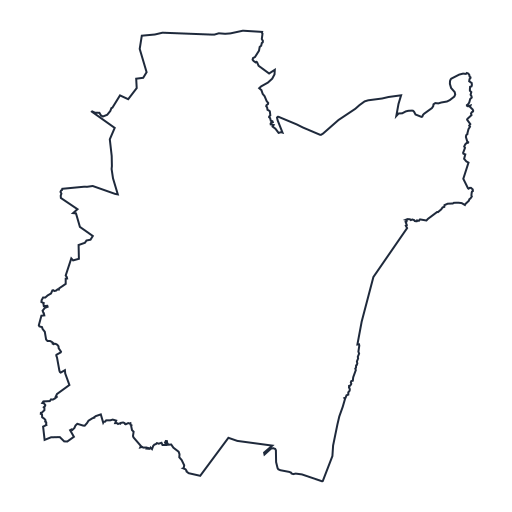 Xichú, Guanajuato, Mexico
{"feature_id": "50627088B76027952384475", "entity_name": "Xichú", "entity_type": "district", "adm_level": 2, "iso_a3": "MEX", "parent_name": "Mexico", "parent_adm1": "Guanajuato", "projection": "robinson", "projection_center": [-99.986, 21.356], "detail": "fine", "context": "isolated", "style": "outline", "palette": "slate", "viewbox_px": 512, "rotation_deg": 0, "n_neighbors": 0, "source": "geoboundaries", "source_scale": "gbopen_adm2", "svg_char_len": 5904}
<svg xmlns="http://www.w3.org/2000/svg" viewBox="0 0 512 512"><path d="M466.8,73.0L465.9,73.9L463.1,73.6L459.2,74.6L451.2,78.7L450.6,79.5L450.0,81.1L449.9,83.9L451.1,88.0L454.7,92.1L455.2,94.5L454.3,96.6L449.8,100.1L447.0,101.5L441.3,102.5L438.3,103.4L435.3,103.1L434.5,103.6L433.5,104.3L433.2,106.2L431.9,108.1L424.0,113.8L423.0,114.9L422.3,116.6L421.5,116.9L415.5,114.5L414.1,111.8L413.1,110.8L412.1,110.6L408.3,110.8L405.8,111.4L402.2,113.3L398.6,113.5L396.3,116.0L398.5,103.9L401.1,95.3L388.5,97.0L382.1,98.5L368.2,100.3L364.6,101.4L359.5,105.1L355.3,108.8L338.5,120.0L323.0,133.6L321.0,134.8L320.1,134.8L302.9,127.5L296.7,124.4L278.5,116.8L277.7,116.8L277.0,117.6L277.7,120.5L282.5,132.6L281.0,132.2L278.6,132.9L275.4,128.7L272.6,126.6L273.6,125.0L270.7,124.4L270.6,123.6L271.0,122.9L272.8,122.2L272.4,121.2L270.8,120.8L270.1,118.1L269.1,117.2L269.2,116.5L270.3,115.4L269.9,111.7L269.5,110.9L267.5,109.8L267.1,107.4L266.2,106.2L266.5,105.2L268.0,104.0L268.2,103.0L266.6,101.0L264.6,96.2L262.7,93.9L261.4,90.1L259.2,88.2L261.1,86.4L267.9,82.6L272.2,78.7L274.5,74.4L274.8,69.8L269.1,73.5L258.6,65.8L257.0,62.2L256.3,61.8L255.6,62.4L253.6,61.0L252.6,59.7L253.0,58.1L255.0,57.0L259.0,50.7L259.7,46.9L261.2,45.7L261.8,43.0L262.7,42.4L262.9,40.9L261.8,39.0L262.5,33.7L261.9,32.7L262.1,31.9L242.9,30.7L230.4,33.4L225.2,33.8L218.8,33.3L214.4,34.6L211.6,34.6L162.5,32.7L154.9,34.5L141.8,35.7L139.7,48.9L146.6,72.2L143.2,77.8L136.2,78.7L136.7,88.1L128.2,99.2L120.0,95.4L112.4,107.7L111.4,108.1L110.3,111.0L107.2,114.8L102.9,116.5L100.9,115.4L99.4,112.8L95.0,112.7L92.2,111.4L91.9,111.7L114.7,127.9L109.8,139.3L111.7,156.0L111.9,166.1L111.6,169.0L113.0,178.3L117.8,194.4L115.1,193.9L92.7,186.0L87.1,186.8L84.3,186.7L62.3,188.8L62.0,190.0L61.1,190.5L60.5,191.9L61.4,193.6L60.7,195.8L60.9,198.0L77.5,209.2L73.1,213.1L76.0,213.4L79.9,226.9L92.8,236.0L90.5,239.7L86.5,240.5L84.9,242.8L78.6,245.0L78.9,258.8L73.1,260.4L71.3,258.4L65.7,275.5L66.8,277.1L67.1,278.5L65.7,278.7L65.7,283.9L59.2,288.3L58.8,289.6L57.6,289.3L56.1,290.6L54.3,291.0L53.2,290.2L52.4,290.4L51.0,293.5L47.7,295.4L45.3,297.5L43.1,297.5L41.6,300.2L41.4,302.0L43.7,303.1L43.4,303.6L43.8,306.1L47.3,305.8L47.6,306.8L44.8,307.9L42.6,310.7L43.4,312.9L43.8,313.1L44.3,315.4L41.4,315.7L38.8,325.3L39.4,326.4L42.0,327.1L42.6,329.0L44.8,331.8L46.1,339.5L47.5,341.0L50.0,341.0L51.6,341.8L52.8,342.7L52.6,343.6L53.7,344.2L54.3,343.7L55.7,343.9L57.3,344.8L58.5,346.3L58.7,348.3L61.0,351.7L60.7,352.4L56.4,354.8L56.3,355.7L57.0,357.5L59.4,370.7L59.9,372.0L60.7,372.6L64.9,370.2L65.2,373.4L69.4,385.0L57.0,394.0L55.9,396.3L56.4,396.3L56.8,396.9L54.9,398.5L52.8,399.6L51.0,399.4L49.8,401.1L43.4,401.4L42.3,403.0L43.9,403.3L45.3,405.1L45.1,405.9L43.8,407.2L44.4,407.7L44.4,410.2L41.5,412.9L40.9,412.9L40.8,413.9L41.7,414.1L42.0,414.6L42.2,417.3L44.3,418.7L45.5,420.2L45.2,421.6L46.1,422.1L46.3,422.9L46.1,424.4L46.4,425.0L43.1,426.6L44.6,439.9L51.0,437.3L59.8,437.1L64.2,441.4L67.3,441.5L73.9,436.8L70.1,430.2L71.5,429.4L72.3,430.0L74.4,428.0L75.5,425.5L77.3,423.8L83.2,425.6L84.7,425.7L87.0,423.1L88.5,420.7L92.5,418.2L94.2,417.7L94.1,417.3L95.8,416.1L100.8,414.4L103.2,422.7L103.7,421.8L105.2,421.6L106.2,420.3L110.4,420.3L112.7,419.6L116.2,420.6L115.2,423.1L116.9,423.1L118.0,424.0L119.5,423.4L120.3,423.7L120.8,422.9L123.1,422.5L124.6,423.1L125.0,424.0L125.7,424.3L128.2,423.1L129.5,423.5L130.4,423.2L130.6,424.8L131.5,425.3L131.2,426.2L132.0,430.1L133.6,431.7L133.0,436.0L133.5,437.4L140.9,446.0L140.3,447.4L142.2,446.9L143.2,447.6L146.4,447.5L147.3,447.8L146.8,448.6L149.1,448.8L149.2,448.2L150.7,448.5L150.8,447.9L152.0,449.1L153.2,445.9L154.4,444.6L155.9,444.1L156.9,443.1L158.7,443.7L161.5,442.8L162.5,445.0L165.9,445.0L165.7,443.5L165.0,442.6L165.8,441.0L166.9,441.1L167.1,442.8L167.8,443.8L167.3,444.8L171.2,444.5L173.4,447.7L178.6,451.7L179.5,454.2L179.3,457.3L181.7,460.1L184.2,465.3L183.7,468.1L183.2,468.3L185.5,469.3L186.5,470.7L186.5,471.5L188.7,473.2L200.2,475.8L228.4,437.8L237.3,440.9L272.3,445.6L264.1,452.6L264.5,454.5L271.0,448.6L273.2,448.2L275.2,448.9L275.9,450.3L276.1,462.1L277.6,468.2L278.3,469.3L280.3,470.2L289.2,471.9L291.0,472.6L291.5,473.5L293.3,474.1L295.7,473.6L301.9,474.4L322.1,481.3L322.8,481.0L332.4,456.1L333.1,445.5L337.4,424.5L339.3,416.4L342.7,406.9L345.0,399.0L344.4,398.1L345.6,397.7L346.5,395.3L348.3,394.6L348.3,392.3L349.4,391.1L349.8,389.9L349.6,388.3L349.0,387.7L349.1,385.9L350.0,385.8L351.0,384.5L351.3,383.8L350.8,382.4L351.3,381.1L352.8,380.7L353.2,377.3L355.8,370.1L355.3,368.6L356.0,367.7L356.1,365.4L356.7,365.1L357.3,363.5L356.9,361.4L358.1,358.5L357.8,356.8L359.1,353.6L358.4,351.6L359.3,345.6L359.0,344.3L357.4,344.5L361.7,321.5L373.4,277.0L407.1,228.1L405.8,225.7L406.8,225.1L405.6,221.9L406.6,221.5L406.8,220.1L405.8,219.8L407.5,219.1L410.0,219.3L410.8,220.1L412.3,219.5L414.3,220.2L414.7,221.0L416.2,221.3L416.9,221.2L417.1,220.4L418.9,220.8L420.0,219.4L426.4,220.5L428.0,218.8L437.1,212.0L438.0,212.1L441.2,209.4L442.6,207.4L444.3,206.9L444.5,205.1L447.7,203.7L452.8,203.5L453.9,202.8L458.3,202.7L461.7,203.1L464.9,205.0L465.4,204.0L468.8,200.8L469.4,199.2L470.4,198.5L471.8,196.5L471.4,195.3L471.7,192.6L472.0,191.6L472.9,191.0L472.7,189.4L471.0,187.9L469.6,187.9L468.6,188.7L468.0,188.3L463.3,178.8L468.5,162.6L466.3,161.4L464.1,158.8L465.3,154.4L463.4,153.7L463.1,152.9L465.0,147.8L464.2,146.5L465.2,144.4L466.8,142.8L467.8,142.9L468.2,142.2L467.2,141.3L465.9,137.0L466.2,135.2L467.5,133.9L467.4,133.3L468.5,129.1L470.0,126.7L469.2,125.6L470.3,124.1L467.1,119.7L467.4,118.9L471.5,115.1L471.0,113.5L471.8,112.2L473.0,111.5L473.2,110.9L472.7,109.5L470.0,106.9L470.5,105.5L468.0,106.3L466.9,105.7L466.9,105.1L467.7,104.7L469.2,102.6L470.2,99.0L471.7,97.6L471.5,96.2L470.6,94.8L471.3,92.1L469.9,90.7L469.9,89.0L470.1,86.8L471.5,86.4L471.9,85.0L471.7,83.0L469.2,81.3L469.5,79.1L470.5,78.0L470.5,77.3L469.6,76.6L469.3,74.9L468.3,73.6L466.8,73.0Z" fill="none" stroke="#1e293b" stroke-width="2"/></svg>